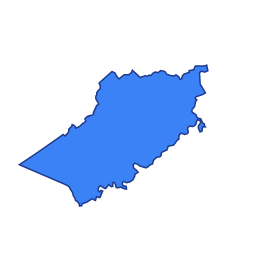 Las Marías, Puerto Rico (Mercator projection), rotated 131°
{"feature_id": "32010507B72195961791628", "entity_name": "Las Marías", "entity_type": "district", "adm_level": 2, "iso_a3": "PRI", "parent_name": "Puerto Rico", "parent_adm1": "", "projection": "mercator", "projection_center": [-66.994, 18.239], "detail": "fine", "context": "isolated", "style": "filled", "palette": "blue", "viewbox_px": 256, "rotation_deg": 131, "n_neighbors": 0, "source": "geoboundaries", "source_scale": "gbopen_adm2", "svg_char_len": 2325}
<svg xmlns="http://www.w3.org/2000/svg" viewBox="0 0 256 256"><g transform="rotate(131 128 128)"><path d="M76.4,70.4L76.0,72.2L74.9,72.8L75.1,75.1L73.3,79.3L74.7,81.6L74.5,83.7L73.4,85.1L73.9,90.4L72.0,91.8L68.3,91.8L64.5,94.0L61.5,94.6L61.8,96.4L61.2,97.2L59.5,97.0L54.1,93.8L50.7,92.6L47.5,102.3L47.1,102.8L44.7,105.1L39.5,110.2L37.3,110.2L35.3,106.6L32.4,105.3L29.0,109.8L29.5,109.9L32.4,112.3L36.1,117.0L37.5,117.8L40.7,116.6L44.7,119.5L45.8,118.3L50.8,121.2L53.7,120.9L55.5,119.7L57.1,120.6L56.0,123.6L56.4,126.7L58.2,127.1L60.4,130.0L62.0,134.1L61.2,137.3L63.1,140.9L66.8,141.8L67.8,144.2L69.9,145.0L73.4,145.2L74.1,146.6L76.3,147.5L77.4,149.5L78.6,150.0L80.2,151.1L81.8,151.5L81.6,162.6L83.9,161.7L87.4,162.4L90.2,165.7L96.9,167.1L96.2,171.2L95.0,173.9L95.9,177.1L113.1,179.3L114.4,176.6L116.5,174.7L119.0,175.1L121.8,174.8L123.5,173.3L125.0,173.2L127.0,171.5L129.1,165.8L131.6,166.4L139.1,164.2L139.7,163.3L141.5,163.2L144.3,165.4L144.9,165.0L145.7,166.2L149.3,166.6L150.4,164.5L152.7,164.4L153.8,165.1L158.3,165.5L162.3,167.2L161.3,169.8L162.0,172.4L163.5,171.6L167.7,171.9L170.1,170.2L172.6,170.1L175.4,170.4L175.4,172.7L179.4,173.6L208.7,180.9L208.9,181.0L227.0,185.9L219.6,162.7L212.3,139.9L210.9,134.6L212.3,130.2L213.2,127.2L215.1,124.7L215.8,121.8L217.2,120.0L216.6,118.2L217.5,114.8L218.7,113.4L217.0,111.9L215.6,113.0L211.1,110.5L205.3,108.7L204.4,108.1L204.6,106.6L204.0,105.0L200.5,106.8L199.2,103.8L198.2,103.6L195.3,104.8L192.2,105.7L192.8,107.5L194.7,107.5L195.0,109.2L193.8,110.5L191.8,111.1L189.8,111.1L188.8,105.6L188.0,105.1L183.5,105.4L183.2,101.9L182.0,101.2L179.6,103.7L178.3,103.1L178.9,100.3L180.7,98.0L179.9,96.5L177.4,94.7L176.3,90.9L175.1,89.0L173.2,91.0L174.9,94.1L172.9,96.4L171.3,96.4L170.2,93.1L167.0,91.0L163.8,90.3L159.6,91.4L158.7,92.5L154.8,91.3L154.3,94.4L154.6,97.3L152.4,99.9L150.2,99.9L149.0,96.8L149.0,94.3L146.3,88.3L144.0,87.4L141.7,87.3L139.1,85.9L135.5,87.6L131.4,87.1L128.6,85.0L127.0,85.0L125.0,86.4L123.4,86.3L119.1,84.2L115.3,85.7L111.1,82.4L109.8,82.4L104.8,82.9L103.2,82.2L100.3,84.6L97.4,84.8L96.1,82.3L95.7,80.9L93.3,79.5L91.6,79.7L89.3,82.8L87.7,83.1L85.9,82.6L84.7,80.3L82.0,79.1L80.6,79.3L77.4,80.9L76.2,80.9L75.0,78.4L75.7,77.6L76.2,76.7L80.4,76.1L81.9,75.0L83.7,71.0L81.9,70.1L78.3,72.4L76.4,70.4Z" fill="#3b82f6" stroke="#1e3a8a" stroke-width="1.5"/></g></svg>